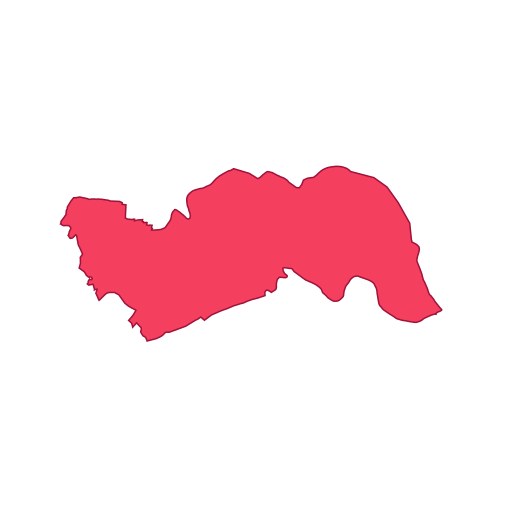 outline of Bani Al Harith, Amanat Al Asimah, Yemen, rotated 36°
{"feature_id": "15242507B44519416711128", "entity_name": "Bani Al Harith", "entity_type": "district", "adm_level": 2, "iso_a3": "YEM", "parent_name": "Yemen", "parent_adm1": "Amanat Al Asimah", "projection": "albers", "projection_center": [44.252, 15.509], "detail": "fine", "context": "isolated", "style": "filled", "palette": "rose", "viewbox_px": 512, "rotation_deg": 36, "n_neighbors": 0, "source": "geoboundaries", "source_scale": "gbopen_adm2", "svg_char_len": 6093}
<svg xmlns="http://www.w3.org/2000/svg" viewBox="0 0 512 512"><g transform="rotate(36 256 256)"><path d="M120.0,369.7L126.2,369.7L127.7,370.2L130.0,371.3L132.2,371.5L133.5,371.4L134.0,370.4L134.8,370.0L136.6,370.3L137.0,371.6L136.2,372.3L134.9,372.4L135.1,375.0L136.0,376.4L135.9,377.7L137.5,377.9L138.0,377.7L139.2,376.3L140.7,374.7L141.3,375.0L145.0,378.0L145.2,378.4L145.6,377.7L146.1,377.0L147.0,376.3L148.3,380.2L151.1,381.8L154.5,383.9L155.1,384.1L155.3,383.5L156.5,376.1L156.8,374.8L157.3,373.6L158.3,372.2L159.1,371.5L162.9,368.7L167.3,368.1L168.2,368.1L177.4,371.2L178.3,371.3L182.0,371.5L184.5,371.3L190.1,370.5L190.8,370.5L191.0,372.6L191.3,376.1L191.1,380.0L190.8,383.0L194.5,383.4L195.0,383.6L196.0,384.3L198.1,386.1L198.7,380.3L204.9,381.5L205.5,381.8L206.1,382.4L206.4,383.1L207.3,385.2L208.7,385.9L211.4,387.0L212.0,387.0L213.0,386.7L213.8,386.7L214.8,387.0L215.3,387.1L216.8,388.1L217.4,388.4L217.8,388.8L221.4,384.5L223.8,381.5L225.8,378.1L226.2,377.2L226.6,376.3L227.2,374.3L227.6,371.3L227.9,370.8L228.4,370.2L230.2,369.0L230.8,368.4L231.3,367.7L240.2,354.4L240.7,353.4L244.7,343.7L245.8,341.7L246.2,340.9L247.2,337.9L252.1,338.3L252.3,337.4L252.8,336.0L253.1,334.9L254.4,330.6L255.1,329.0L257.8,324.5L259.3,321.9L261.3,318.8L263.6,315.5L267.1,309.6L271.8,303.3L272.5,302.6L273.3,301.6L273.9,300.6L275.1,298.4L276.4,296.4L277.2,295.3L277.7,294.4L278.8,293.0L281.0,290.4L282.7,288.3L283.7,286.7L285.1,284.9L286.6,282.7L284.6,280.4L284.3,279.0L284.5,277.8L285.0,277.0L287.6,276.4L289.8,276.4L291.5,272.1L291.6,270.8L291.1,269.8L290.6,268.8L289.8,268.0L288.6,266.1L287.2,263.0L287.1,261.8L287.4,259.6L288.2,258.9L292.4,256.4L293.1,255.6L293.4,254.6L292.8,253.6L291.6,253.4L290.5,253.4L289.3,253.2L288.2,252.8L286.4,251.7L285.6,250.9L285.0,249.8L285.7,249.0L286.6,248.3L290.5,246.3L291.8,245.4L292.8,245.2L293.8,245.5L295.8,246.2L304.8,246.2L306.0,246.3L309.5,246.2L310.5,246.2L312.7,245.6L313.8,245.5L315.4,245.0L320.4,244.1L321.6,244.0L325.7,244.0L327.9,244.4L329.0,244.8L330.8,246.1L332.1,246.6L333.2,246.6L334.4,246.7L335.4,246.8L336.7,247.0L337.9,247.3L339.3,247.5L341.5,247.4L343.9,247.2L345.1,247.0L346.1,246.4L347.2,245.6L348.2,244.7L348.9,243.8L349.5,242.4L349.8,241.2L350.3,238.5L350.3,237.3L349.9,236.2L349.3,235.3L348.2,233.2L347.7,232.1L346.4,227.7L346.4,226.6L346.5,224.5L346.5,223.4L346.5,222.2L346.3,221.0L346.3,219.8L346.3,218.7L346.9,216.2L347.4,215.2L348.0,214.3L348.8,213.5L349.8,212.6L350.8,212.2L352.8,211.7L357.0,210.4L358.2,210.1L360.5,209.4L361.5,209.2L364.3,208.7L366.5,208.8L367.6,209.0L368.6,209.4L370.6,210.6L371.6,211.0L372.7,211.7L374.7,213.5L376.3,215.4L378.2,217.2L381.8,220.8L383.7,222.5L384.6,223.0L385.6,223.5L386.7,223.6L388.8,224.2L390.0,224.5L391.3,224.6L398.2,224.4L401.7,224.1L406.6,224.0L407.8,223.6L411.5,222.3L412.6,221.8L415.9,220.1L419.0,218.7L421.4,217.4L422.5,216.9L424.7,215.5L425.4,214.5L427.1,212.2L428.0,210.1L428.2,209.1L428.6,207.9L429.2,206.6L432.7,200.6L434.7,197.9L435.9,197.3L435.4,196.5L435.7,195.3L436.2,194.2L437.0,193.1L437.5,192.1L438.0,191.0L438.0,190.6L437.7,190.2L436.4,189.9L435.4,189.8L429.7,188.2L428.4,187.9L426.9,187.4L425.9,186.9L424.9,186.5L420.6,185.3L419.5,185.3L418.4,184.9L416.1,183.4L415.3,182.7L412.7,180.9L411.6,180.3L410.5,179.7L408.5,178.5L407.3,177.8L406.2,177.4L404.8,176.5L400.7,173.1L398.4,171.5L397.2,170.8L396.0,169.9L394.1,168.7L389.6,165.9L388.8,165.1L388.2,164.2L386.9,161.4L386.5,160.3L386.2,159.2L385.4,157.0L384.8,155.7L384.2,154.5L383.3,153.6L382.6,152.9L380.4,152.4L379.3,152.3L377.1,152.5L374.8,152.9L374.1,153.1L371.9,151.2L361.1,139.1L339.8,129.3L321.5,123.2L305.3,123.3L282.8,132.1L280.7,131.7L278.3,131.8L277.1,132.0L275.9,132.4L274.8,132.7L273.6,133.2L272.4,133.7L271.4,134.2L268.3,136.2L265.2,139.0L263.3,140.9L261.6,143.0L261.0,144.0L260.2,145.3L259.6,146.5L258.7,148.7L257.9,152.1L257.5,154.8L256.8,157.1L256.4,158.5L252.0,162.7L249.8,166.6L251.0,171.5L251.0,174.8L250.9,175.4L248.2,177.0L238.8,177.0L237.8,176.6L236.8,176.4L234.6,176.4L232.1,176.7L229.3,177.5L228.3,177.7L227.2,177.8L225.9,178.2L220.1,179.0L216.7,180.4L215.7,181.0L215.1,181.9L213.8,186.4L213.1,190.0L212.6,191.1L212.0,192.4L202.0,193.1L186.6,198.5L185.1,201.8L183.8,203.2L183.2,204.4L181.2,208.6L179.3,213.1L178.4,216.7L178.1,218.8L177.9,220.1L177.7,222.5L177.4,224.2L177.1,225.3L175.5,228.1L174.9,229.0L173.6,231.7L172.8,232.7L171.2,234.2L168.1,238.1L166.8,240.1L166.0,242.2L165.7,243.3L165.3,245.5L165.3,247.6L165.7,248.9L166.1,249.9L167.5,252.0L169.1,253.8L170.7,255.4L171.7,256.2L172.6,256.6L173.7,257.5L175.6,259.1L176.6,259.7L177.5,260.3L179.2,262.1L179.9,263.3L180.3,264.4L179.7,265.8L178.7,266.2L177.6,266.4L176.4,266.1L172.9,265.6L170.6,265.6L169.3,265.4L164.8,265.5L163.7,265.7L162.9,266.3L162.9,267.4L162.7,268.7L162.8,270.0L163.2,271.5L163.5,272.5L164.1,273.5L164.6,274.5L165.1,275.5L165.7,278.0L165.8,285.9L165.7,286.6L165.1,287.8L163.7,290.0L162.9,291.0L161.9,291.9L160.6,293.0L157.6,295.5L156.3,296.4L156.1,296.0L156.0,295.5L156.0,294.8L155.2,294.8L154.9,294.1L154.5,294.0L154.0,292.9L154.1,292.6L153.9,292.2L151.6,293.6L151.3,294.3L149.1,295.1L148.3,293.0L147.9,293.0L145.7,295.0L145.3,295.1L144.9,294.4L143.6,294.9L142.9,293.2L139.2,296.3L137.1,298.8L136.8,299.0L136.2,297.6L135.1,298.3L134.3,299.2L133.4,300.0L132.3,300.4L131.7,300.9L130.2,301.7L127.9,302.0L120.7,291.0L117.3,292.9L116.5,291.5L113.6,292.0L105.6,297.3L104.2,297.5L101.3,299.0L98.2,300.6L96.5,301.7L95.0,302.5L93.2,304.1L92.2,304.6L90.2,306.0L88.9,307.1L87.7,308.3L86.1,308.6L78.7,311.9L76.5,314.2L76.5,314.3L74.2,316.1L74.0,320.2L74.6,327.3L75.5,328.6L75.7,330.0L76.0,331.1L76.6,332.0L77.1,332.8L77.3,333.3L78.1,334.4L77.9,335.2L78.0,337.2L77.9,342.6L78.2,343.0L78.7,343.8L79.0,345.0L79.4,344.8L81.2,344.9L82.4,344.6L82.9,344.3L83.5,343.7L84.1,343.3L84.7,342.8L85.6,342.2L86.0,342.0L86.7,341.4L88.3,341.7L89.4,341.9L90.1,342.8L90.4,344.9L90.7,346.2L91.8,348.6L91.8,349.7L93.3,350.2L94.7,350.9L95.6,350.8L96.9,349.3L97.3,347.7L97.6,344.9L98.4,344.8L98.9,345.0L105.6,351.4L110.9,354.2L114.6,356.5L114.6,360.4L115.4,361.3L118.3,365.2L118.9,366.7L120.0,369.7Z" fill="#f43f5e" stroke="#9f1239" stroke-width="1.5"/></g></svg>